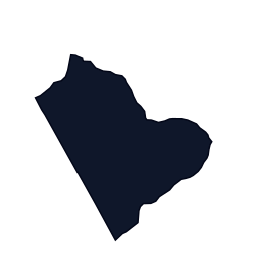 Benton, Washington, United States of America (Mercator projection), rotated 331°
{"feature_id": "52423323B67037278576088", "entity_name": "Benton", "entity_type": "district", "adm_level": 2, "iso_a3": "USA", "parent_name": "United States of America", "parent_adm1": "Washington", "projection": "mercator", "projection_center": [-119.362, 46.282], "detail": "fine", "context": "isolated", "style": "filled", "palette": "ink", "viewbox_px": 256, "rotation_deg": 331, "n_neighbors": 0, "source": "geoboundaries", "source_scale": "gbopen_adm2", "svg_char_len": 1006}
<svg xmlns="http://www.w3.org/2000/svg" viewBox="0 0 256 256"><g transform="rotate(331 128 128)"><path d="M61.8,56.8L61.4,70.3L61.8,76.3L61.9,142.2L62.9,142.2L63.0,177.9L62.6,219.9L71.9,217.5L76.2,217.9L90.9,215.6L97.5,205.6L100.7,202.8L104.9,201.6L111.5,205.0L116.8,205.5L122.1,203.2L124.7,203.0L134.4,202.3L140.3,200.0L149.6,198.6L154.1,200.1L158.4,201.1L162.1,201.1L168.3,200.0L173.0,198.0L177.5,194.8L182.4,192.6L185.0,190.5L188.1,186.3L188.5,185.8L188.7,185.6L191.7,182.3L194.6,180.6L193.8,175.7L194.5,172.9L193.9,169.3L190.8,162.6L189.9,157.7L184.2,150.1L180.3,146.7L179.5,146.0L171.4,141.4L168.6,140.2L163.6,139.7L157.3,137.9L152.3,132.4L148.5,130.1L148.2,127.8L150.6,121.5L149.7,115.3L147.9,110.2L148.2,103.3L149.3,96.6L148.7,87.3L149.2,84.0L147.9,79.4L142.8,75.2L139.7,70.2L133.9,66.2L128.9,59.9L127.4,51.7L121.5,48.1L121.7,46.2L122.2,44.9L117.1,38.6L113.4,36.1L103.4,48.1L98.2,52.8L92.4,54.3L85.1,52.5L79.3,55.2L67.1,57.3L61.8,56.8Z" fill="#0f172a" stroke="#020617" stroke-width="1.5"/></g></svg>